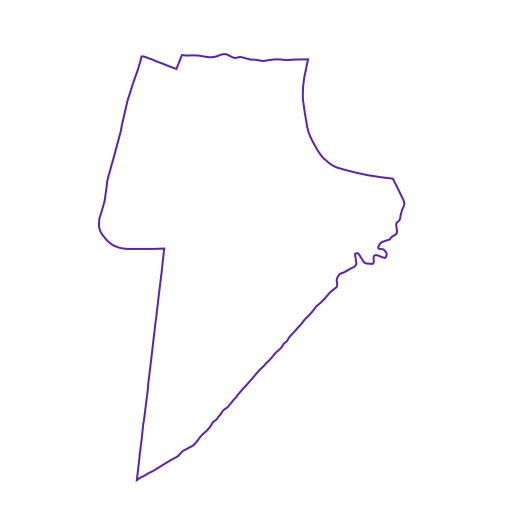 Bang Sue, Bangkok Metropolis, Thailand, rotated 174°
{"feature_id": "78962969B39307621639221", "entity_name": "Bang Sue", "entity_type": "district", "adm_level": 2, "iso_a3": "THA", "parent_name": "Thailand", "parent_adm1": "Bangkok Metropolis", "projection": "albers", "projection_center": [100.522, 13.824], "detail": "fine", "context": "isolated", "style": "outline", "palette": "violet", "viewbox_px": 512, "rotation_deg": 174, "n_neighbors": 0, "source": "geoboundaries", "source_scale": "gbopen_adm2", "svg_char_len": 6045}
<svg xmlns="http://www.w3.org/2000/svg" viewBox="0 0 512 512"><g transform="rotate(174 256 256)"><path d="M173.9,341.1L178.6,346.1L181.3,350.1L183.9,355.0L187.3,363.0L189.4,368.5L190.9,374.2L191.6,379.3L191.9,384.7L192.5,393.0L193.0,406.8L192.4,413.2L191.3,420.3L189.4,428.4L187.3,434.9L183.7,446.1L189.6,446.7L198.3,447.4L203.6,447.5L204.2,447.5L207.0,448.0L211.4,449.0L217.2,449.6L222.5,449.5L228.1,449.1L230.4,449.6L235.3,451.1L239.2,451.7L241.5,452.1L246.3,454.0L249.5,455.2L250.9,455.5L251.5,455.6L255.5,455.1L256.3,455.1L257.1,455.4L259.3,456.5L263.7,459.4L265.1,459.8L265.9,460.1L267.4,460.1L269.3,460.0L273.7,458.8L275.2,458.5L276.0,458.4L279.6,458.3L282.5,458.7L286.7,459.8L291.9,461.3L298.0,462.2L304.0,462.6L308.7,463.5L315.6,450.4L317.9,451.4L318.6,451.8L322.3,453.6L329.0,457.2L333.8,459.5L336.5,461.1L343.9,464.8L346.3,465.9L347.0,466.2L348.9,466.4L349.6,464.7L350.3,462.9L350.9,461.1L351.9,458.8L353.0,456.0L354.0,453.6L354.8,451.9L357.5,446.4L360.3,440.4L361.9,436.8L364.2,431.4L366.3,426.8L367.6,423.7L369.6,417.9L371.5,412.4L372.9,408.2L374.6,403.5L375.8,399.9L376.9,396.0L377.7,393.4L379.3,389.4L380.6,385.9L382.6,380.9L384.9,374.8L386.6,370.5L387.9,367.0L388.8,364.8L390.3,361.2L391.4,358.2L393.1,353.9L394.2,351.4L395.9,346.6L396.1,345.9L396.8,342.7L398.0,337.7L399.2,333.0L399.9,330.0L400.3,328.4L400.6,327.5L401.4,325.0L402.9,321.3L404.2,318.1L405.7,314.3L407.8,309.8L408.4,306.6L408.7,305.0L408.9,303.2L409.0,301.8L408.9,300.6L408.7,298.6L408.3,297.2L407.6,295.1L405.2,291.0L403.2,288.0L401.5,285.8L399.4,283.6L397.3,281.9L396.1,281.0L391.7,278.8L389.1,277.8L384.5,276.7L383.1,276.5L378.9,276.0L373.8,275.5L364.4,274.5L356.5,273.7L346.5,273.0L347.8,267.1L350.1,256.6L351.6,249.6L356.7,227.5L361.0,208.3L362.0,203.9L362.9,200.4L364.7,192.3L366.8,183.1L371.3,162.9L376.6,139.9L377.4,135.1L384.7,103.9L385.0,103.3L386.0,99.3L388.8,86.0L391.4,74.8L392.2,71.8L392.8,68.5L397.9,45.6L394.3,47.6L390.7,48.9L388.9,49.6L386.7,50.8L382.9,52.2L381.2,52.8L377.8,54.3L373.9,56.3L370.6,57.9L366.1,60.0L361.8,62.0L359.2,63.1L356.9,64.0L355.9,64.4L355.4,64.7L354.8,65.0L353.9,65.6L353.0,66.4L351.7,67.6L349.3,69.6L348.3,70.1L346.1,70.9L344.8,71.4L342.6,72.4L338.8,73.9L337.5,74.7L335.9,76.2L334.9,77.1L333.8,78.1L332.6,79.4L331.6,80.6L330.2,82.1L328.0,84.0L327.0,84.8L326.1,85.4L323.9,86.9L322.4,88.1L320.1,90.3L318.0,92.8L316.2,95.3L312.5,97.5L311.5,98.3L310.4,99.9L308.4,101.7L307.0,103.2L305.0,105.7L303.0,107.0L300.1,108.5L292.3,116.2L291.0,117.1L290.4,117.7L288.7,119.8L284.5,123.7L280.9,127.0L278.9,128.7L277.7,129.8L276.5,131.0L275.8,131.6L273.3,133.9L271.4,135.6L268.0,138.9L265.8,141.0L264.0,142.5L262.2,143.9L261.5,144.5L260.4,145.3L259.8,145.8L258.8,146.6L258.2,147.2L257.4,148.1L255.7,149.3L254.6,150.2L253.7,150.8L252.6,151.8L251.5,152.8L249.4,154.9L248.2,156.2L246.7,157.5L245.3,158.6L243.0,160.2L241.8,161.1L240.5,162.2L239.7,163.0L238.8,164.2L237.8,165.6L237.4,166.0L236.8,166.4L235.4,167.3L234.7,167.7L234.3,167.9L233.7,168.6L232.4,170.4L231.7,171.4L231.1,172.0L230.0,173.1L227.7,175.0L225.9,176.6L223.7,178.6L222.0,180.2L221.7,180.5L221.4,180.7L219.3,182.5L217.6,184.1L215.3,186.6L213.5,188.2L210.3,190.9L208.4,192.4L206.7,194.0L204.0,196.7L202.1,198.8L201.2,199.7L200.3,200.3L198.7,201.3L197.8,202.0L196.7,202.7L194.8,204.2L193.3,205.3L192.4,206.1L192.0,206.5L191.5,207.0L190.8,207.8L189.7,208.8L187.6,210.7L186.8,211.5L186.0,212.1L185.0,212.9L181.2,215.3L179.8,216.2L179.3,216.6L178.9,216.9L178.7,217.4L178.6,217.5L178.4,218.1L178.3,218.6L178.2,219.3L178.2,220.4L178.3,223.4L178.1,224.3L178.0,224.9L177.6,225.5L177.0,226.5L175.9,227.9L174.9,229.0L174.4,229.3L173.8,229.6L173.2,229.8L172.2,230.1L171.2,230.2L170.2,230.6L169.2,230.9L168.6,231.2L166.4,232.1L164.6,233.0L163.0,233.7L161.7,234.2L160.6,234.5L160.1,234.7L159.7,234.9L159.3,235.1L158.8,235.5L157.4,236.9L157.2,237.3L157.1,237.7L157.1,237.9L157.0,238.2L157.0,240.4L157.2,243.7L157.3,246.2L157.3,247.1L157.3,247.4L157.2,247.7L157.1,247.8L156.9,247.9L156.7,248.0L156.4,248.1L155.9,248.2L155.2,248.2L154.8,248.2L154.5,248.1L154.3,248.0L154.2,247.8L154.0,247.6L153.7,247.2L152.3,244.6L151.1,242.1L150.4,240.7L149.6,239.1L149.3,238.5L149.0,238.2L148.6,237.9L148.4,237.7L148.0,237.5L147.7,237.3L147.5,237.2L146.9,237.0L145.8,236.8L144.7,236.6L142.7,236.2L141.4,236.0L141.1,236.0L140.8,236.0L140.6,236.1L140.4,236.2L140.2,236.3L140.1,236.5L139.9,236.7L139.8,237.1L139.6,237.4L139.5,237.9L139.4,238.7L139.3,240.5L139.2,241.9L139.1,242.7L139.0,243.0L138.8,243.3L138.7,243.6L138.5,243.8L138.2,244.0L137.8,244.2L137.5,244.3L137.1,244.3L136.7,244.3L136.4,244.3L136.0,244.2L135.6,244.1L135.1,243.9L134.8,243.8L134.2,243.5L131.9,242.3L129.9,241.3L128.3,240.7L128.0,240.7L127.8,240.7L127.7,240.7L127.5,240.8L127.3,241.0L126.9,241.5L126.6,241.8L126.4,242.3L126.1,243.1L125.9,243.5L125.8,244.1L125.8,244.5L125.8,244.8L126.0,245.3L126.2,245.8L126.6,246.6L127.6,248.0L128.2,248.8L128.6,249.1L129.0,249.3L129.6,249.6L130.7,249.7L132.0,250.0L132.6,250.2L132.9,250.3L133.2,250.5L133.4,250.8L133.5,251.0L133.6,251.3L133.6,251.5L133.5,252.0L133.4,252.4L132.9,253.1L132.0,254.4L131.0,255.5L130.8,255.7L130.6,255.9L130.2,256.2L129.9,256.3L129.6,256.5L129.2,256.7L128.8,256.8L126.5,257.4L125.1,257.7L123.9,257.9L123.7,258.0L122.2,258.3L121.5,258.5L121.3,258.5L121.2,258.7L120.9,258.9L119.9,260.0L119.3,260.5L118.9,260.8L118.5,261.1L117.9,261.4L117.3,261.7L116.2,262.1L115.4,262.5L114.8,262.8L114.4,263.1L114.2,263.3L114.0,263.6L113.8,263.9L113.6,264.2L113.5,264.6L113.4,265.0L113.3,265.5L113.2,265.8L113.2,266.4L113.2,267.0L113.2,267.5L113.2,269.2L113.3,271.7L113.3,272.6L113.2,273.1L113.1,273.5L112.7,274.0L112.3,274.5L111.5,275.2L110.6,275.7L109.6,276.7L109.3,277.1L108.9,278.0L108.6,278.7L108.0,281.2L107.4,282.7L106.2,285.9L106.0,286.3L103.4,290.9L103.2,291.8L103.0,293.5L103.3,295.1L103.7,296.8L105.7,302.1L108.2,309.2L111.9,318.6L117.4,319.9L124.0,321.4L130.3,323.1L135.9,324.5L141.6,326.4L148.0,328.5L152.4,330.1L156.7,331.7L159.8,332.9L164.1,334.6L167.1,336.0L169.5,337.5L171.1,338.6L171.7,339.1L173.1,340.4L173.9,341.1Z" fill="none" stroke="#5b21b6" stroke-width="2"/></g></svg>